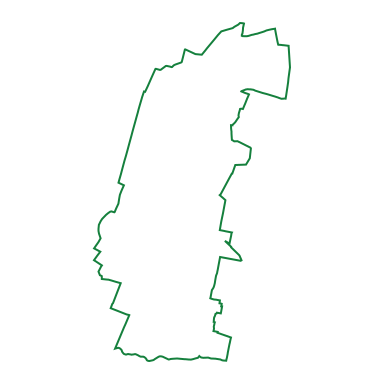 the district of Bors, Bihor, Romania
{"feature_id": "2599482B42133295911926", "entity_name": "Bors", "entity_type": "district", "adm_level": 2, "iso_a3": "ROU", "parent_name": "Romania", "parent_adm1": "Bihor", "projection": "orthographic", "projection_center": [21.836, 47.134], "detail": "fine", "context": "isolated", "style": "outline", "palette": "green", "viewbox_px": 384, "rotation_deg": 0, "n_neighbors": 0, "source": "geoboundaries", "source_scale": "gbopen_adm2", "svg_char_len": 5697}
<svg xmlns="http://www.w3.org/2000/svg" viewBox="0 0 384 384"><path d="M226.2,360.7L226.6,358.7L226.8,358.2L227.7,353.6L227.7,353.2L228.8,347.5L229.7,343.1L229.8,343.0L230.0,341.9L230.6,339.0L230.7,338.7L231.0,337.5L217.5,332.8L217.7,331.9L213.5,331.1L213.7,330.2L214.0,328.7L213.8,326.5L214.1,325.4L214.6,322.9L214.7,322.5L214.8,322.3L213.7,321.9L213.8,321.6L213.8,320.7L214.0,318.4L214.1,317.7L214.4,316.9L214.5,316.8L214.6,316.7L215.1,315.4L215.5,313.9L216.7,313.4L216.9,312.7L217.6,312.8L220.8,313.4L220.9,313.0L222.1,306.4L221.2,306.3L221.3,305.9L221.4,305.5L221.5,305.2L221.7,303.8L220.7,303.5L219.5,303.3L219.9,300.4L217.1,299.9L216.3,299.7L214.0,299.5L211.9,298.9L210.3,298.3L210.6,297.1L211.9,290.1L213.0,288.5L213.6,287.4L214.2,285.6L214.8,283.2L215.2,280.5L216.0,276.0L216.2,275.3L216.9,273.6L217.1,273.0L217.3,271.7L217.7,269.9L218.3,266.6L218.6,265.0L220.1,257.0L240.6,260.8L241.5,260.3L240.9,258.8L240.4,257.7L239.8,256.3L239.5,255.6L239.0,255.0L238.3,254.3L231.1,247.3L231.2,246.8L224.9,240.9L229.5,243.6L230.0,241.2L230.5,238.7L231.1,235.9L231.5,233.3L231.9,232.5L227.8,231.7L225.7,231.3L224.0,230.9L219.8,230.1L220.4,226.6L221.1,222.5L221.4,220.9L223.0,213.2L225.4,200.3L225.4,200.1L223.7,198.6L222.6,197.6L222.2,197.3L219.7,195.1L220.0,194.8L220.4,194.7L221.4,192.9L229.5,177.8L231.8,173.6L232.3,173.6L233.8,169.3L235.3,165.0L246.0,164.6L249.8,158.3L250.9,148.4L250.4,147.6L248.9,146.9L239.6,142.2L238.7,141.8L237.5,141.2L235.3,141.3L234.8,141.3L234.2,141.3L234.1,141.2L233.9,141.1L232.8,140.4L232.0,140.0L231.9,139.9L231.7,137.0L231.6,135.3L231.5,133.5L231.5,131.6L231.2,129.4L231.1,128.4L231.0,125.2L232.4,125.3L232.4,124.9L233.4,124.1L234.7,122.8L235.4,122.0L236.0,121.1L237.2,119.3L238.8,117.1L238.5,115.4L238.9,113.1L239.7,110.5L240.1,108.9L241.2,108.7L242.0,108.8L242.9,109.0L243.9,106.6L244.6,104.9L244.9,104.3L247.1,98.7L249.0,94.4L247.9,93.9L244.9,92.9L241.3,91.4L241.4,91.2L245.3,89.7L245.7,89.5L247.7,89.2L248.8,89.3L250.4,89.4L250.8,89.3L251.4,89.5L252.3,89.6L253.1,89.7L254.2,90.1L255.1,90.6L256.7,91.1L262.7,93.0L266.2,93.9L268.3,94.5L272.5,95.8L275.2,96.6L277.0,97.2L277.7,97.4L278.9,97.9L280.6,98.5L281.3,98.7L281.8,98.8L282.6,98.7L283.4,98.7L284.0,98.6L285.0,98.5L285.4,98.5L285.6,98.6L285.8,97.9L285.8,97.4L286.1,95.8L287.4,87.2L288.0,83.0L288.1,82.4L288.5,78.2L289.9,68.0L289.9,67.8L290.0,67.5L288.6,46.0L288.6,45.8L283.6,45.2L283.2,45.2L282.8,45.1L282.2,45.1L281.8,45.0L279.7,44.8L278.7,44.8L278.2,44.7L277.5,41.7L276.7,37.7L275.9,33.6L275.4,30.9L275.0,28.8L275.0,28.7L271.9,29.2L269.5,29.7L267.1,30.3L266.6,30.4L265.9,30.7L265.2,31.0L264.4,31.4L264.0,31.5L262.6,32.0L262.3,32.1L261.9,32.2L260.3,32.7L259.3,33.0L258.4,33.3L257.6,33.6L256.6,33.8L255.1,34.1L253.3,34.6L251.6,34.9L249.8,35.5L249.5,35.6L248.5,35.9L246.9,36.2L246.3,36.2L244.9,36.2L244.3,36.2L242.5,36.1L241.8,35.8L241.9,34.4L242.4,33.7L242.5,33.1L242.9,30.3L242.9,29.7L243.0,29.0L243.0,28.8L243.0,28.0L243.0,27.9L243.3,26.6L243.3,26.4L243.4,26.2L243.5,25.9L243.5,25.4L243.7,24.9L244.0,23.5L243.8,23.4L242.4,23.2L240.0,23.0L238.3,24.6L234.4,26.8L232.7,28.1L227.0,29.7L221.3,31.4L218.0,35.0L213.9,40.0L209.8,44.9L206.8,48.5L205.5,50.2L201.8,54.7L195.4,54.1L185.3,49.4L184.9,49.5L182.9,57.5L181.8,61.8L181.5,62.3L180.3,62.8L175.2,64.6L173.8,65.3L172.1,67.0L171.5,67.1L170.0,66.6L166.6,65.9L165.8,66.0L160.7,69.8L159.9,69.9L155.8,68.8L155.4,69.0L151.4,77.9L147.8,86.1L146.2,89.5L145.1,91.8L144.0,91.5L142.1,97.2L141.3,100.0L140.8,101.7L139.8,105.1L138.6,109.3L137.8,112.5L136.7,116.4L135.6,120.4L133.6,127.6L132.5,131.6L131.4,135.8L130.6,138.7L129.1,144.2L127.6,149.8L125.9,156.0L124.6,160.3L123.2,165.5L122.0,170.0L120.9,174.2L119.4,179.4L118.5,182.7L123.9,185.3L121.5,190.7L119.9,194.8L119.2,198.6L118.4,203.7L116.1,208.6L114.7,212.0L114.3,212.3L111.4,211.4L110.2,211.7L108.3,213.0L106.1,214.8L103.2,217.8L102.0,219.1L100.5,221.5L100.0,222.6L98.9,224.8L98.5,228.8L98.5,231.0L99.0,233.6L100.6,238.3L98.4,242.2L96.2,245.3L94.1,248.4L100.3,251.7L97.4,255.5L94.0,260.2L101.9,265.4L101.0,266.7L98.5,271.6L99.9,275.2L101.7,276.0L101.8,276.4L101.8,279.0L107.3,279.6L108.1,279.6L109.0,279.8L110.0,280.1L111.1,280.4L112.1,280.7L115.4,281.7L120.7,283.2L119.0,287.6L116.8,293.3L113.0,303.2L112.3,303.9L110.7,308.2L117.4,310.8L126.0,314.2L126.8,314.5L127.3,314.6L129.1,315.0L129.3,315.1L126.0,322.9L125.1,325.0L124.8,325.6L123.9,327.6L115.1,348.6L115.4,348.5L116.2,348.3L116.9,348.1L117.7,347.9L118.1,347.8L118.4,347.9L118.8,347.9L119.1,348.0L119.5,348.2L119.9,348.4L120.5,348.9L121.0,349.4L121.5,349.9L121.7,350.4L121.9,350.9L122.0,351.4L122.2,351.9L122.5,352.2L122.9,352.8L123.4,353.4L123.7,353.7L123.8,353.8L124.1,354.0L124.7,354.2L125.3,354.4L125.7,354.5L126.0,354.6L126.3,354.5L126.7,354.4L127.4,354.2L127.7,354.1L128.1,354.0L128.4,354.1L129.0,354.2L130.3,354.4L131.3,354.6L131.5,354.7L131.9,354.6L132.9,354.5L133.6,354.4L134.1,354.3L134.5,354.2L135.2,354.1L135.5,354.2L135.9,354.3L136.6,354.6L137.2,354.9L137.9,355.2L139.2,356.0L139.7,356.2L140.0,356.4L140.5,356.6L140.9,356.7L141.4,356.7L142.4,356.7L142.9,356.7L143.3,356.7L143.5,356.8L143.9,356.9L144.3,357.1L144.7,357.4L145.1,357.7L145.5,358.0L145.8,358.4L146.0,358.7L146.3,359.0L146.5,359.4L146.6,359.7L146.7,359.9L146.9,360.2L147.3,360.5L148.0,360.8L148.4,360.9L149.4,361.0L151.7,360.5L152.6,360.3L153.3,360.1L153.9,359.8L154.8,359.1L158.2,357.0L159.4,356.4L160.9,356.3L162.7,356.7L168.6,359.5L169.4,359.4L170.6,359.0L172.5,358.8L177.1,358.5L184.5,359.2L185.4,359.2L188.6,359.5L191.0,359.6L193.2,359.1L195.5,358.4L197.9,357.8L198.4,357.2L198.9,356.7L199.3,356.1L199.6,356.4L201.2,357.5L203.3,357.8L208.2,357.6L211.0,358.5L215.4,358.7L219.9,359.4L220.2,359.4L222.2,360.3L223.4,360.5L226.2,360.7Z" fill="none" stroke="#15803d" stroke-width="2"/></svg>